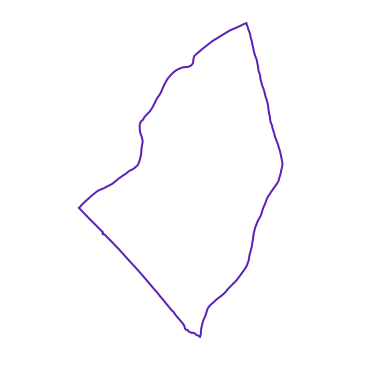 outline of Haswin, Al Mahrah, Yemen, rotated 69°
{"feature_id": "15242507B7547411227389", "entity_name": "Haswin", "entity_type": "district", "adm_level": 2, "iso_a3": "YEM", "parent_name": "Yemen", "parent_adm1": "Al Mahrah", "projection": "mercator", "projection_center": [51.893, 15.725], "detail": "fine", "context": "isolated", "style": "outline", "palette": "violet", "viewbox_px": 384, "rotation_deg": 69, "n_neighbors": 0, "source": "geoboundaries", "source_scale": "gbopen_adm2", "svg_char_len": 5672}
<svg xmlns="http://www.w3.org/2000/svg" viewBox="0 0 384 384"><g transform="rotate(69 192 192)"><path d="M53.8,80.7L53.8,81.5L53.8,83.0L53.9,84.5L54.1,86.0L54.3,88.1L54.3,89.6L54.5,91.1L54.5,92.7L54.5,94.3L54.6,96.1L54.7,97.8L54.9,99.5L55.2,101.0L55.4,103.0L55.9,104.7L56.0,106.2L56.5,108.0L56.7,109.7L57.0,111.1L57.3,112.6L57.6,114.1L57.8,115.8L58.1,117.2L58.4,118.9L58.8,120.2L58.9,120.4L59.4,122.0L59.9,123.7L60.3,125.1L60.8,126.5L61.2,128.1L61.7,129.5L62.0,130.8L62.6,132.3L63.0,133.6L63.5,134.9L64.0,136.3L64.5,137.7L65.0,139.0L65.5,140.5L66.4,141.7L67.7,142.5L69.1,143.4L70.6,144.1L71.9,144.8L72.8,145.9L73.5,147.3L73.8,149.1L73.8,150.6L73.4,152.1L73.0,153.7L72.6,155.0L72.3,156.3L72.3,157.8L72.3,159.3L72.4,160.8L72.5,162.3L72.9,163.8L73.3,165.3L73.9,167.0L74.6,168.5L75.2,170.1L76.0,171.3L76.7,172.7L77.5,174.1L78.4,175.3L79.4,176.5L80.4,177.7L81.4,178.9L82.4,179.9L83.5,181.0L84.5,182.0L85.7,183.1L86.7,184.2L87.9,185.3L88.8,186.4L89.7,187.6L90.7,189.1L91.5,190.4L92.4,191.5L93.5,192.8L94.7,194.0L95.8,195.1L96.5,196.0L96.8,196.4L97.8,197.3L98.8,198.6L99.8,199.9L100.6,201.1L101.5,202.2L102.2,203.6L102.7,204.9L103.4,206.3L104.1,207.8L104.8,209.2L105.8,210.5L106.8,211.6L107.3,212.9L107.9,214.4L108.9,215.5L110.2,216.5L111.4,217.1L112.7,217.6L114.0,218.0L115.3,218.4L116.7,218.8L118.4,219.0L119.9,219.2L121.3,219.2L122.7,219.2L124.1,219.3L126.1,219.7L127.5,220.1L128.9,220.9L130.2,221.7L131.4,222.5L132.6,223.1L133.8,223.9L135.4,224.4L136.7,225.2L138.1,225.8L139.3,226.5L140.6,227.3L141.9,228.3L143.1,229.1L144.2,229.9L145.3,230.9L146.5,231.9L147.4,233.0L148.0,234.3L148.4,235.6L149.0,237.0L149.4,238.5L149.6,239.9L149.7,241.4L149.8,242.8L150.2,244.2L150.7,245.7L151.2,247.1L151.5,248.5L151.8,250.2L152.2,251.7L152.5,253.0L152.9,254.4L153.2,255.7L153.7,257.2L154.3,258.6L154.6,260.0L155.2,261.6L155.6,263.0L155.9,264.3L156.0,265.6L156.2,267.2L156.3,268.8L156.5,270.2L156.8,271.6L156.9,273.0L156.9,274.4L156.9,275.5L156.9,275.9L157.0,277.5L157.0,278.9L157.4,280.2L157.8,281.8L158.3,283.2L158.7,284.5L159.2,285.9L159.5,287.2L160.0,288.5L160.7,290.1L161.2,291.4L161.7,292.7L161.8,293.0L162.2,294.2L162.7,295.5L163.4,296.9L163.8,298.2L164.3,299.1L164.5,299.4L164.6,299.8L165.4,301.1L166.0,302.5L166.2,303.3L166.3,303.3L169.0,302.1L178.1,298.3L183.3,296.0L193.5,291.5L197.7,289.6L198.3,289.8L198.8,290.5L199.9,289.9L200.1,289.2L200.5,288.7L203.6,287.5L211.0,284.2L216.0,282.2L218.7,281.0L222.2,279.6L224.9,278.6L235.8,274.4L241.8,272.0L247.7,269.7L260.3,265.2L262.7,264.4L264.7,263.7L266.9,262.9L274.1,260.3L279.6,258.6L283.5,257.1L286.4,256.3L288.1,255.7L295.3,253.3L297.7,252.1L299.5,251.8L302.0,251.1L306.6,249.4L308.3,248.8L309.3,248.5L310.0,248.1L311.0,247.9L312.0,247.6L313.2,247.3L314.8,247.2L316.7,247.5L317.9,247.1L318.4,247.0L318.7,246.3L319.4,245.4L320.2,245.4L321.1,245.1L323.6,242.6L323.9,241.2L324.9,240.2L325.8,239.6L326.6,239.5L327.6,238.4L329.1,237.0L330.2,236.5L330.2,236.4L329.1,235.7L328.8,235.4L328.4,235.2L327.3,234.4L326.8,234.2L326.0,233.9L324.6,233.4L323.5,232.7L323.3,232.6L322.0,231.7L320.7,231.0L319.5,230.0L318.2,229.3L317.4,228.6L317.2,228.4L316.2,227.6L315.0,226.7L314.8,226.4L314.0,225.5L313.0,224.6L311.9,223.5L310.6,222.5L309.5,221.5L308.3,220.7L307.8,220.3L307.2,219.8L306.1,218.7L305.2,217.4L304.5,216.1L303.8,214.5L303.2,213.2L302.9,211.8L302.3,210.6L301.6,208.8L301.0,207.4L300.6,205.9L300.2,204.6L299.8,203.1L299.4,201.7L298.9,200.4L298.4,199.0L297.8,197.5L297.2,196.2L296.3,194.8L295.6,193.5L295.0,192.3L294.3,190.7L293.7,189.4L292.9,187.6L292.1,186.1L291.8,184.8L291.1,183.5L290.5,182.2L290.3,182.0L289.7,181.0L289.0,179.7L288.1,178.6L287.5,177.4L286.5,175.9L285.5,174.4L284.6,173.0L283.8,171.7L282.9,170.6L282.2,169.4L281.3,168.3L280.2,167.1L279.1,166.1L277.8,164.9L276.6,163.9L275.3,163.1L273.9,162.3L272.6,161.6L272.4,161.5L271.4,160.8L270.1,159.9L268.9,159.0L267.8,158.2L266.6,157.4L265.5,156.6L264.4,155.8L263.2,155.0L261.8,154.3L260.4,153.5L259.2,152.8L257.7,151.9L256.5,151.3L255.0,150.5L253.7,149.7L252.2,148.8L251.4,148.2L251.1,148.0L249.9,147.2L248.6,146.3L247.3,145.3L246.1,144.2L245.1,143.2L244.0,142.3L242.7,141.0L241.9,140.1L241.6,139.8L240.6,138.6L239.5,137.2L238.6,136.1L237.5,135.2L236.4,134.3L235.2,133.5L234.0,132.5L233.6,132.2L232.5,131.3L231.3,130.2L230.4,129.2L229.2,128.0L228.2,127.1L227.0,126.1L225.9,125.2L225.0,124.2L224.0,123.3L223.1,122.1L222.3,120.8L221.5,119.6L220.6,118.6L219.8,117.4L219.0,116.2L218.1,114.9L217.3,113.6L216.5,112.5L215.6,111.2L214.9,109.9L214.5,109.5L213.8,108.7L212.9,107.5L211.7,106.6L210.2,105.5L208.9,104.5L207.8,103.5L206.6,102.8L205.4,101.8L204.1,101.2L202.6,100.1L201.1,99.1L199.7,98.2L198.4,97.6L196.8,97.1L195.3,96.8L193.9,96.6L192.4,96.3L190.8,96.1L189.4,95.8L187.9,95.6L186.4,95.4L184.8,95.2L183.1,95.1L181.7,95.0L180.3,94.9L178.7,94.7L177.3,94.7L175.7,94.7L174.3,94.7L172.8,94.7L171.1,94.7L169.2,94.6L167.8,94.4L166.3,94.2L164.9,94.2L162.8,94.0L161.4,94.0L159.5,93.6L158.1,93.5L156.5,93.5L155.1,93.5L153.6,93.4L152.1,93.0L150.7,92.6L149.3,92.3L147.4,92.0L145.9,91.8L144.2,91.4L143.5,91.3L142.7,91.1L141.1,90.7L139.5,90.3L138.1,90.0L136.6,89.7L135.1,89.5L133.4,89.3L132.8,89.3L131.7,89.2L129.9,89.2L129.6,89.2L128.5,89.1L126.7,88.8L125.3,88.6L123.6,88.4L122.2,88.3L120.6,88.3L119.1,88.3L117.3,88.3L115.9,88.1L114.3,87.9L112.9,87.8L111.3,87.7L109.8,87.3L108.4,86.8L107.0,86.7L105.6,86.5L104.1,86.5L102.6,86.5L101.2,86.1L99.7,85.7L98.0,85.3L96.5,85.1L95.1,84.8L93.6,84.6L91.9,84.2L90.7,84.2L88.8,84.2L87.0,84.2L85.5,84.1L83.9,83.9L81.7,83.7L80.0,83.3L78.6,83.1L77.1,82.9L75.7,82.8L74.4,82.4L72.8,82.2L71.4,82.0L69.8,81.9L68.2,81.7L66.7,81.5L65.3,81.2L63.8,81.1L61.9,81.1L60.2,81.1L58.4,80.9L55.7,80.9L53.8,80.7Z" fill="none" stroke="#5b21b6" stroke-width="2"/></g></svg>